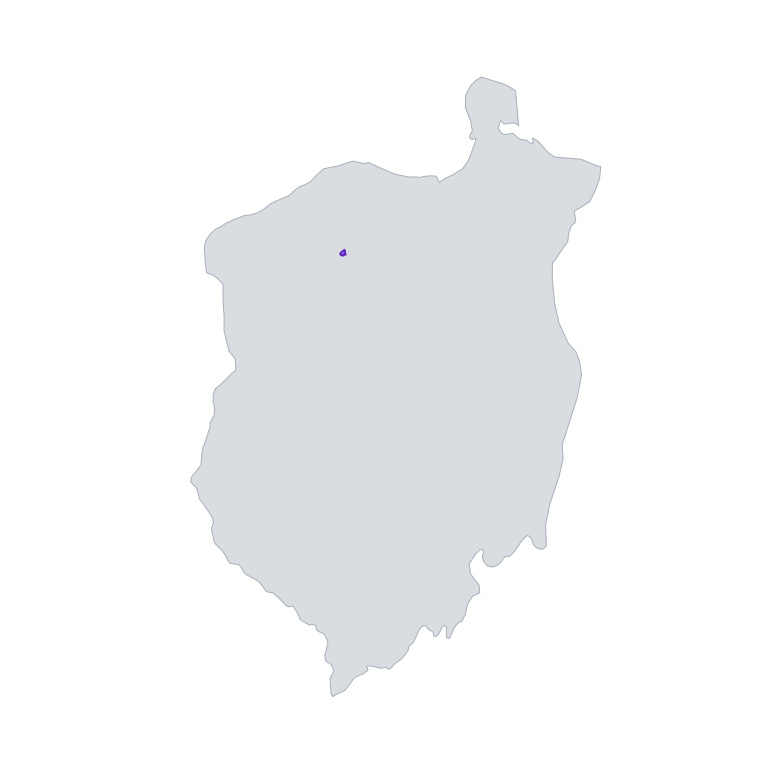 Hemeius, Bacau, Romania shown in context, rotated 277°
{"feature_id": "2599482B10369787235709", "entity_name": "Hemeius", "entity_type": "district", "adm_level": 2, "iso_a3": "ROU", "parent_name": "Romania", "parent_adm1": "Bacau", "projection": "natural_earth1", "projection_center": [26.841, 46.628], "detail": "fine", "context": "in_parent", "style": "filled", "palette": "violet", "viewbox_px": 768, "rotation_deg": 277, "n_neighbors": 0, "source": "geoboundaries", "source_scale": "gbopen_adm2", "svg_char_len": 4755}
<svg xmlns="http://www.w3.org/2000/svg" viewBox="0 0 768 768"><g transform="rotate(277 384 384)"><path d="M600.2,427.1L607.3,435.9L616.3,440.6L637.1,445.5L639.0,444.9L639.2,444.0L637.7,442.7L637.5,441.1L638.5,439.1L641.3,439.0L646.1,440.8L655.0,438.2L668.1,431.2L680.1,429.7L691.2,433.9L696.9,438.7L700.5,443.3L699.5,449.0L698.8,452.5L696.1,467.2L694.1,472.7L691.0,478.8L656.8,486.1L659.0,482.6L658.1,476.4L656.6,471.8L659.8,467.6L652.1,466.1L648.7,468.4L646.1,472.4L648.5,481.6L644.8,486.8L643.4,489.6L643.3,496.4L641.1,499.3L640.7,502.5L646.2,501.7L643.7,507.5L633.6,518.8L630.0,525.5L631.1,552.1L626.6,568.0L626.2,572.7L615.3,572.9L612.0,572.5L601.7,570.1L590.0,565.9L583.2,557.7L578.8,551.8L568.9,554.5L567.0,553.7L564.3,550.9L556.9,549.0L547.8,549.0L527.2,538.2L524.9,536.4L508.8,538.2L484.6,543.6L466.1,550.1L447.0,561.8L439.2,570.6L430.2,575.4L417.4,578.9L394.6,577.5L370.8,573.1L345.4,568.3L331.6,570.9L312.9,568.9L284.9,563.2L263.9,561.5L243.2,564.9L239.8,562.3L239.1,559.4L240.0,555.2L242.9,551.8L248.0,549.3L250.6,546.7L250.9,544.1L245.4,539.9L234.0,534.1L229.3,530.4L228.2,529.5L227.9,526.3L225.6,523.7L221.2,521.8L217.8,518.5L215.4,513.6L216.0,508.9L219.6,504.6L224.1,502.7L229.5,503.3L231.8,502.1L230.9,499.1L225.7,495.2L216.0,490.5L206.1,493.0L195.8,502.9L188.5,504.5L184.2,497.8L176.4,493.9L165.0,492.7L158.1,490.1L155.5,486.3L150.6,483.3L139.7,480.2L139.6,477.2L141.4,476.5L145.3,476.2L150.6,475.6L151.4,473.9L151.5,472.4L147.5,470.4L143.3,469.1L141.2,467.7L139.8,466.2L139.6,464.7L140.8,463.6L142.5,463.6L144.2,462.6L145.2,459.1L147.5,456.1L149.1,455.0L149.1,452.9L147.4,450.8L145.2,449.1L141.9,448.0L131.5,444.9L126.4,440.6L123.1,440.5L118.1,438.1L112.7,434.4L108.1,429.1L103.0,425.6L101.7,424.2L101.6,422.9L102.6,421.4L102.6,419.8L101.4,414.6L102.4,409.1L102.3,404.0L102.3,401.7L101.3,401.0L100.4,401.8L99.1,402.7L97.9,402.9L94.2,399.2L89.6,391.5L86.4,389.0L80.2,385.5L75.0,382.5L71.3,376.1L67.5,371.2L70.1,369.2L85.4,366.3L92.4,369.1L95.6,368.1L98.7,365.8L100.4,364.0L100.8,362.0L102.4,359.6L107.6,358.4L121.1,359.9L126.6,356.5L128.7,354.6L130.0,350.5L131.5,347.2L136.4,345.5L136.4,342.5L135.7,339.2L138.7,331.9L140.5,328.9L143.3,327.8L146.6,325.5L152.5,320.8L151.2,316.6L152.4,313.5L158.6,306.0L163.3,298.8L163.3,295.2L164.0,292.0L168.1,288.6L172.5,284.1L178.3,270.0L180.4,267.6L184.1,265.0L186.9,262.3L187.3,253.1L189.9,250.4L194.9,247.4L199.8,242.6L203.9,236.9L207.0,234.3L211.0,233.6L215.5,231.3L220.4,230.5L225.1,231.6L228.1,231.0L232.7,228.3L244.4,217.9L246.1,215.8L248.5,214.3L258.0,210.8L260.4,207.2L263.7,204.0L267.9,204.2L281.3,212.2L295.9,211.7L298.6,212.0L299.4,212.1L301.2,212.8L320.5,216.7L323.5,216.3L324.4,216.0L332.1,219.2L339.0,218.8L345.6,216.6L352.4,215.8L358.7,217.1L363.4,221.7L375.7,231.5L379.3,235.1L385.0,234.6L391.3,232.8L397.7,226.2L417.2,218.8L432.1,217.0L446.7,214.1L463.5,212.0L468.3,205.9L471.0,201.8L472.9,194.2L482.0,192.0L490.6,190.4L493.6,189.5L499.9,189.1L504.8,189.8L512.3,193.6L517.5,198.3L519.6,202.0L524.1,207.3L528.9,214.8L534.1,224.7L535.3,229.7L537.2,235.1L541.2,241.7L548.6,249.0L549.7,250.4L553.0,255.5L559.6,267.0L565.1,271.5L569.9,276.5L572.2,281.5L575.6,286.1L583.6,292.1L590.1,297.6L595.4,313.3L599.1,320.6L601.5,326.1L600.4,337.4L601.9,342.2L598.9,351.0L593.7,368.7L592.4,382.8L593.4,390.4L593.6,395.3L594.9,398.4L596.3,404.8L596.6,410.4L594.7,412.0L592.0,413.3L590.9,414.5L593.4,417.0L596.9,421.7L600.2,427.1Z" fill="#d9dde1" stroke="#a8b0b8" stroke-width="1"/><path d="M508.5,324.7L508.3,324.7L508.1,324.6L508.1,324.8L508.0,325.0L507.9,325.1L507.6,325.1L507.4,325.1L507.2,325.1L506.9,325.2L506.8,325.3L506.7,325.3L506.7,325.5L506.8,325.8L506.7,325.9L506.5,326.0L506.5,325.9L506.4,325.9L506.3,326.0L506.3,326.3L506.3,326.5L506.4,326.8L506.5,326.8L506.6,327.0L506.8,327.0L506.7,327.1L506.4,327.3L506.2,327.4L506.2,327.5L506.3,327.6L506.4,327.8L506.5,327.8L506.7,328.0L506.8,328.0L506.9,328.3L507.0,328.3L507.0,328.5L507.2,328.8L507.2,329.0L507.3,329.0L507.4,329.3L507.5,329.5L507.6,329.8L507.7,329.7L507.8,329.6L507.7,329.4L507.6,329.2L507.6,328.9L507.8,329.0L508.0,329.1L508.1,329.3L508.1,329.5L508.3,329.8L508.5,329.7L508.5,329.8L508.6,329.7L508.7,329.8L508.8,329.8L509.0,329.8L508.9,329.8L508.9,329.7L509.0,329.7L509.3,329.5L509.5,329.5L509.7,329.4L509.8,329.4L509.9,329.5L510.0,329.5L509.9,329.3L509.9,329.2L510.0,329.2L510.3,329.0L510.5,329.0L510.5,328.9L510.7,328.7L510.8,328.6L510.9,328.4L511.0,328.5L511.3,328.5L511.3,328.4L511.4,328.5L511.5,328.6L511.7,328.8L511.8,328.8L511.9,329.0L512.0,329.0L512.1,328.9L512.1,328.7L512.3,328.4L512.2,328.4L511.6,327.8L511.6,327.6L511.5,327.3L511.4,327.0L510.9,326.5L510.8,326.4L510.5,326.0L510.0,325.8L509.8,325.7L509.2,325.3L509.0,325.0L508.8,324.7L508.7,324.7L508.5,324.7Z" fill="#8b5cf6" stroke="#5b21b6" stroke-width="1.5"/></g></svg>